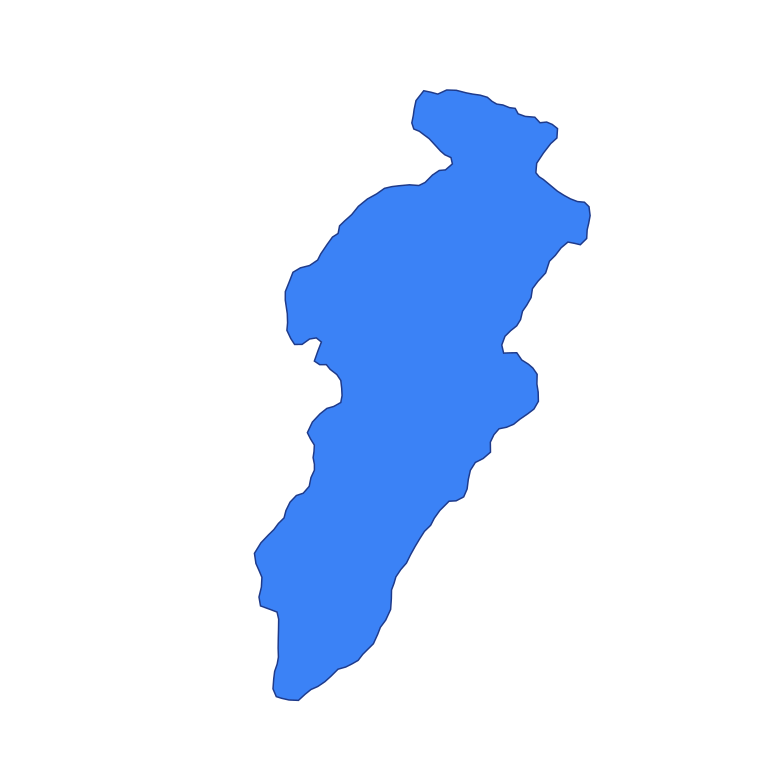 Espírito Santo do Dourado, Minas Gerais, Brazil (Equal Earth projection), rotated 221°
{"feature_id": "56859067B12687901957749", "entity_name": "Espírito Santo do Dourado", "entity_type": "district", "adm_level": 2, "iso_a3": "BRA", "parent_name": "Brazil", "parent_adm1": "Minas Gerais", "projection": "equal_earth", "projection_center": [-45.985, -21.998], "detail": "fine", "context": "isolated", "style": "filled", "palette": "blue", "viewbox_px": 768, "rotation_deg": 221, "n_neighbors": 0, "source": "geoboundaries", "source_scale": "gbopen_adm2", "svg_char_len": 2755}
<svg xmlns="http://www.w3.org/2000/svg" viewBox="0 0 768 768"><g transform="rotate(221 384 384)"><path d="M420.6,690.6L427.3,690.3L433.1,688.4L437.7,683.5L445.2,684.3L453.0,678.6L460.0,675.9L465.8,678.1L470.6,674.9L477.3,672.6L482.6,669.2L487.9,668.2L494.1,668.2L500.9,665.1L507.2,661.0L512.9,657.7L522.1,653.1L529.6,647.0L533.6,638.1L540.0,635.0L546.4,631.4L545.8,618.9L541.4,611.0L538.0,605.8L534.3,599.3L528.8,596.0L523.2,597.9L517.3,598.3L510.9,598.8L502.8,597.9L494.1,596.9L488.5,596.9L482.0,598.8L476.8,595.0L478.1,585.9L482.4,581.4L484.5,573.6L485.2,563.1L487.9,556.7L495.5,551.0L502.7,543.5L507.5,538.2L512.0,532.0L514.3,522.6L517.9,512.8L519.9,501.3L519.5,490.7L520.7,481.2L521.3,474.2L517.4,467.5L519.3,461.1L518.5,452.3L517.1,440.7L515.4,434.0L517.9,424.6L523.3,416.8L526.0,408.6L522.4,398.6L519.1,389.0L513.5,382.5L508.7,378.4L503.1,373.6L496.9,366.9L492.5,360.8L484.1,357.1L477.4,355.2L471.8,360.2L469.7,369.1L465.3,374.4L458.8,374.6L455.6,365.7L451.6,355.6L445.2,356.4L440.2,360.8L434.2,359.7L425.8,360.2L418.9,358.3L413.0,352.9L408.0,347.7L404.5,341.7L407.2,334.1L411.1,328.1L412.7,319.5L413.1,308.3L409.9,297.0L403.6,294.4L396.5,292.2L392.6,287.2L389.2,281.9L383.9,277.8L380.0,273.3L377.7,265.4L373.3,257.7L373.3,248.6L377.0,242.3L377.4,233.2L375.0,224.2L371.6,217.4L372.2,209.5L371.6,201.8L372.2,194.2L372.7,183.4L370.7,171.2L362.9,164.5L355.6,161.1L349.3,158.0L343.3,150.3L338.6,141.2L331.6,135.5L322.5,139.0L315.1,141.7L309.2,137.4L302.3,129.2L297.1,122.9L290.7,115.3L284.5,108.6L280.9,102.6L278.0,95.4L273.7,89.0L267.8,81.1L260.2,77.4L255.1,79.6L248.4,83.2L241.0,89.1L240.0,98.1L238.7,105.5L235.5,112.3L233.3,120.6L232.3,128.9L231.6,138.6L227.2,145.3L224.4,152.1L222.2,158.5L222.7,165.9L222.2,173.1L221.6,181.0L224.6,191.1L227.1,198.0L227.8,206.9L231.1,218.2L237.6,226.8L243.2,233.5L245.7,240.2L248.5,246.2L249.6,255.0L249.6,263.6L251.9,272.3L253.9,281.6L255.5,290.6L256.8,299.3L256.1,308.0L258.0,315.7L258.9,325.2L258.0,338.2L252.9,343.2L249.8,351.1L252.4,359.3L257.7,367.2L262.2,375.5L263.6,384.7L260.3,392.8L258.9,402.4L265.6,409.9L267.8,417.9L267.8,425.7L263.1,431.8L259.7,438.8L258.4,446.4L255.9,456.1L254.4,463.5L256.1,472.2L262.3,479.0L268.6,484.3L274.8,491.8L282.1,493.7L288.0,493.7L295.8,492.5L304.3,494.7L309.5,490.0L314.0,485.8L320.7,490.7L324.0,499.4L323.4,507.3L322.0,515.0L323.2,522.2L327.2,529.8L328.0,537.2L329.7,545.7L334.5,553.3L335.2,562.4L334.9,573.9L339.7,585.2L339.1,593.5L339.7,602.9L338.3,611.8L332.2,615.3L327.2,617.9L326.5,626.8L331.8,633.6L334.9,639.5L338.9,646.3L345.6,652.3L352.0,652.7L357.7,648.6L364.9,646.0L371.8,644.5L379.4,643.3L388.7,643.1L397.7,642.9L402.9,642.2L408.0,643.1L413.6,650.8L415.2,662.9L415.9,674.8L414.9,683.1L420.6,690.6Z" fill="#3b82f6" stroke="#1e3a8a" stroke-width="1.5"/></g></svg>